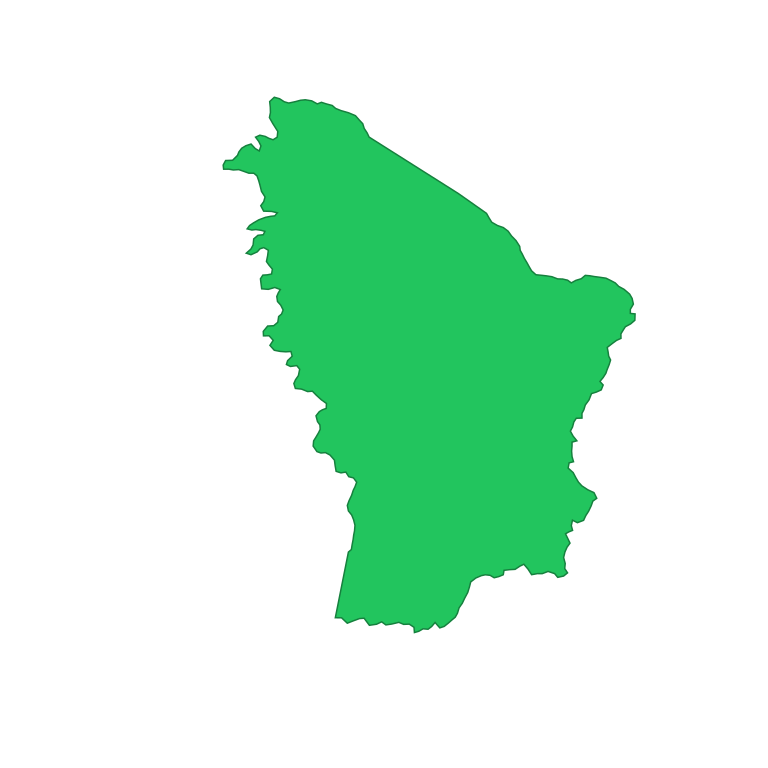 Painel, Santa Catarina, Brazil (orthographic projection), rotated 126°
{"feature_id": "56859067B85496542343557", "entity_name": "Painel", "entity_type": "district", "adm_level": 2, "iso_a3": "BRA", "parent_name": "Brazil", "parent_adm1": "Santa Catarina", "projection": "orthographic", "projection_center": [-50.065, -27.98], "detail": "fine", "context": "isolated", "style": "filled", "palette": "green", "viewbox_px": 768, "rotation_deg": 126, "n_neighbors": 0, "source": "geoboundaries", "source_scale": "gbopen_adm2", "svg_char_len": 4119}
<svg xmlns="http://www.w3.org/2000/svg" viewBox="0 0 768 768"><g transform="rotate(126 384 384)"><path d="M351.4,144.7L348.5,150.2L349.8,157.1L350.1,164.0L349.1,169.0L347.1,173.6L344.5,178.9L343.8,185.6L339.0,187.9L335.5,185.0L332.2,189.2L328.0,192.8L323.7,195.4L320.5,197.7L316.6,194.6L315.0,200.4L312.6,205.5L308.0,206.2L303.1,208.1L298.7,208.3L295.2,203.8L291.4,206.6L287.3,207.2L282.7,208.8L276.3,208.8L269.8,210.5L265.8,207.5L261.1,204.8L256.0,206.1L255.0,210.8L249.9,210.5L244.9,210.8L241.4,211.9L236.1,213.2L231.4,214.8L229.4,218.6L226.3,221.6L223.2,224.9L217.0,223.1L212.0,221.5L207.8,219.1L204.2,221.8L199.5,222.2L195.8,222.4L190.4,219.8L185.0,218.5L179.7,222.1L182.1,226.2L178.8,228.6L172.8,229.2L168.9,233.6L166.9,238.1L166.3,245.4L167.1,251.5L166.3,256.3L166.9,260.6L167.9,266.6L171.1,272.7L173.5,277.1L175.5,281.2L177.8,285.0L182.9,286.3L187.4,289.7L192.1,291.9L192.1,296.5L194.1,301.2L196.9,305.3L198.5,311.2L201.0,316.1L203.2,320.0L206.3,325.3L205.7,331.1L203.7,335.7L201.8,339.7L199.9,344.2L197.5,348.7L195.8,352.4L192.9,355.1L190.4,361.5L189.3,367.8L187.4,373.4L187.3,379.4L189.1,385.4L189.8,391.9L187.9,396.6L185.7,401.4L186.2,435.5L193.0,541.2L190.8,545.2L188.9,550.2L185.9,554.2L185.0,559.0L183.7,564.8L185.4,572.1L188.1,579.5L189.5,585.1L189.1,589.6L191.3,595.3L192.9,600.2L196.6,602.6L197.4,608.9L200.3,614.7L203.5,618.3L207.8,621.8L212.7,626.2L214.3,630.6L214.6,636.2L216.5,641.3L222.7,642.5L226.9,638.7L231.2,635.4L235.8,633.3L238.6,627.2L242.1,618.4L247.1,615.5L251.6,617.3L252.9,621.5L253.5,625.6L255.7,630.7L259.8,633.0L261.4,627.9L263.7,623.5L268.8,621.9L269.2,626.6L268.0,632.6L272.4,635.8L276.9,637.7L281.6,637.8L285.1,636.9L292.0,638.0L296.3,643.5L301.4,642.8L304.5,640.0L301.4,635.8L299.4,631.7L295.9,627.5L294.5,622.8L292.9,617.3L290.0,613.2L290.3,609.0L293.2,604.8L295.9,601.4L300.2,596.3L302.6,590.2L307.1,588.5L312.2,588.5L314.9,583.0L310.4,576.3L308.2,570.9L312.2,571.2L315.0,574.3L318.9,577.9L324.8,581.8L330.4,584.3L334.8,585.9L338.9,585.9L337.1,581.4L334.4,578.5L332.0,574.0L330.5,570.1L334.2,569.4L337.8,573.4L343.2,574.7L348.5,571.6L353.1,571.0L359.1,572.3L357.6,567.6L351.6,564.2L347.5,563.8L344.3,561.4L343.8,556.2L348.5,553.6L354.0,551.1L355.4,547.0L356.7,541.8L361.1,539.6L364.4,542.7L367.1,546.0L371.5,545.8L374.3,543.2L378.9,538.9L375.4,533.2L370.1,529.1L368.5,523.4L372.3,523.1L376.2,522.2L379.9,518.6L380.9,513.9L383.4,509.1L387.6,508.0L391.3,508.9L396.5,506.2L401.7,507.5L405.5,512.2L412.4,512.6L415.9,509.8L412.5,505.3L413.8,499.3L419.8,499.0L421.2,492.6L418.7,487.2L415.7,482.4L412.4,478.4L415.5,474.6L421.8,475.7L425.6,474.4L424.8,470.0L420.4,465.4L421.6,460.9L427.5,458.2L432.6,458.1L436.6,457.2L439.7,453.1L436.6,447.7L435.0,441.3L431.9,437.7L432.9,431.9L433.6,425.4L433.6,419.1L437.7,416.4L441.1,418.7L444.4,420.1L449.7,420.3L453.5,415.7L454.8,411.8L458.1,409.0L461.9,408.3L466.0,407.9L471.4,407.5L475.9,404.8L478.1,398.5L476.9,394.5L473.9,391.0L473.2,385.9L474.7,379.4L478.8,375.5L482.8,371.4L481.2,366.6L477.7,363.1L479.7,358.0L477.9,353.5L479.5,348.4L484.0,347.1L488.1,346.4L493.0,344.8L498.9,343.7L503.8,342.3L507.6,338.2L509.0,333.1L511.7,328.8L515.4,324.4L520.2,321.5L524.1,319.7L528.1,317.5L532.8,315.3L537.1,313.1L540.9,314.0L601.7,286.0L598.1,280.9L599.1,273.1L593.2,269.3L588.1,265.9L585.2,262.4L587.8,254.0L582.7,248.8L577.8,246.1L577.8,240.9L573.6,236.6L568.1,231.9L566.9,226.8L563.4,222.4L563.2,216.7L567.2,213.3L563.6,210.5L559.1,208.5L556.5,204.2L552.2,202.9L546.9,202.5L548.5,195.5L544.7,192.8L539.6,191.4L535.1,190.4L530.8,189.3L526.4,189.8L520.9,191.7L515.3,191.8L510.1,192.8L503.5,193.7L498.2,195.5L493.2,197.5L487.0,195.7L481.8,192.6L478.8,189.9L476.4,185.7L476.0,181.0L472.3,177.9L468.2,175.4L464.2,177.4L460.5,173.4L456.9,169.0L451.5,167.0L447.6,164.9L449.1,158.7L451.5,152.5L447.2,148.4L444.4,144.5L439.2,141.1L437.1,134.5L438.3,129.8L433.8,125.8L428.9,124.5L427.1,129.3L422.7,131.9L418.8,136.7L413.5,138.9L408.4,140.0L403.4,140.0L398.5,149.1L394.9,147.5L391.6,145.4L388.5,149.2L383.4,151.5L382.5,146.0L377.0,142.4L371.8,143.4L366.6,143.7L360.7,144.8L356.0,146.2L351.4,144.7Z" fill="#22c55e" stroke="#15803d" stroke-width="1.5"/></g></svg>